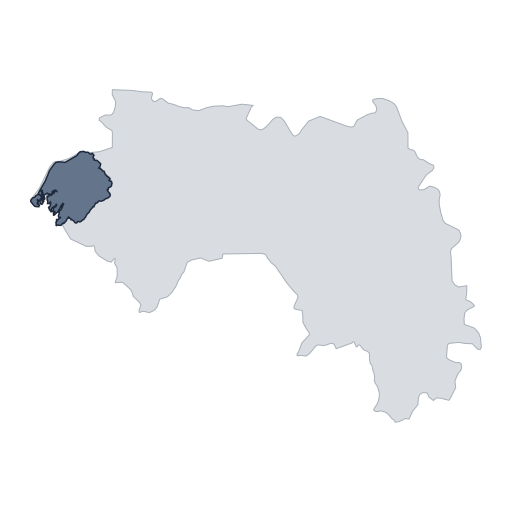 location of Boke, Boke, Guinea
{"feature_id": "49546643B57120226425021", "entity_name": "Boke", "entity_type": "district", "adm_level": 2, "iso_a3": "GIN", "parent_name": "Guinea", "parent_adm1": "Boke", "projection": "albers", "projection_center": [-14.504, 11.069], "detail": "fine", "context": "in_parent", "style": "filled", "palette": "slate", "viewbox_px": 512, "rotation_deg": 0, "n_neighbors": 0, "source": "geoboundaries", "source_scale": "gbopen_adm2", "svg_char_len": 9211}
<svg xmlns="http://www.w3.org/2000/svg" viewBox="0 0 512 512"><path d="M322.8,345.5L318.1,344.9L316.0,345.8L309.9,353.2L306.2,356.1L300.4,355.3L298.4,355.9L296.8,355.0L298.9,351.0L301.8,343.0L309.3,334.9L309.4,333.2L306.2,328.6L302.9,322.3L302.8,315.4L302.1,310.5L295.3,309.2L294.1,308.4L293.9,306.7L297.6,298.1L297.9,296.4L297.4,294.9L293.2,290.6L286.6,282.6L275.4,266.1L271.2,262.7L267.2,257.7L265.6,254.5L261.5,253.4L222.9,254.0L222.2,258.3L209.0,261.3L200.7,258.0L191.7,260.0L187.2,262.3L183.9,272.0L181.9,274.1L180.0,278.4L178.2,280.8L176.3,285.6L172.0,292.4L167.4,296.8L159.7,299.2L157.3,306.4L155.5,309.1L152.6,311.2L149.4,312.6L143.0,311.2L139.5,312.5L138.9,310.7L140.9,305.0L139.2,302.1L133.1,296.2L132.5,293.4L130.7,289.7L122.6,282.2L115.2,282.7L117.2,276.3L117.1,267.9L114.6,263.3L115.2,258.6L113.8,258.9L111.3,262.1L107.3,261.1L99.2,256.1L95.1,251.2L94.6,247.1L93.7,245.5L91.2,246.4L86.1,246.3L70.5,238.9L59.5,220.4L59.3,216.2L60.8,209.0L60.5,207.1L55.4,211.8L54.4,208.6L50.6,201.2L49.5,196.9L45.8,195.0L42.8,194.7L40.5,196.1L37.4,204.8L35.2,204.7L32.8,202.9L33.3,196.4L39.3,188.3L49.3,167.8L52.8,163.1L55.1,161.5L59.8,161.3L69.0,158.5L80.2,152.1L88.9,152.6L99.0,151.8L112.3,147.4L112.4,133.6L112.0,130.6L107.2,127.8L104.5,125.5L102.1,122.4L99.2,120.3L99.3,118.0L105.2,115.0L110.6,115.1L112.4,113.9L113.7,111.9L115.2,107.0L115.7,101.7L112.2,94.7L112.4,89.7L131.8,90.4L142.5,91.8L151.2,92.1L152.6,93.2L151.4,98.1L152.5,100.9L155.5,101.6L160.3,98.3L162.9,99.0L168.4,103.2L173.4,104.3L179.0,106.5L184.2,107.7L188.8,107.6L192.3,109.9L198.8,110.6L207.2,107.5L213.7,106.2L223.0,105.8L227.8,106.7L241.9,104.2L253.0,105.4L251.3,107.1L246.3,118.1L246.9,120.1L258.3,129.3L261.0,129.9L264.0,128.6L268.8,124.2L272.6,119.5L276.2,117.2L280.5,117.3L284.0,120.6L292.2,134.3L294.2,136.0L296.1,135.9L299.6,133.3L301.3,130.3L308.7,121.1L320.1,116.4L347.5,126.4L351.6,127.1L353.9,126.3L357.2,120.1L367.4,114.6L372.3,113.1L375.1,112.9L376.2,111.2L376.6,108.6L376.0,106.1L372.8,101.4L372.7,100.0L374.5,99.1L378.4,98.4L383.4,98.7L389.2,100.7L393.9,103.5L396.6,106.9L402.0,121.4L407.9,132.7L408.0,148.1L410.6,149.6L413.4,150.2L414.7,151.4L417.7,157.6L420.3,159.4L423.5,159.8L429.5,163.7L433.3,165.2L433.9,166.4L433.8,168.1L432.4,170.3L426.7,174.6L424.0,178.3L418.3,187.1L418.2,188.7L419.4,189.8L421.8,190.0L424.4,189.4L429.7,186.1L434.0,187.1L438.1,189.5L439.6,191.9L440.1,195.2L439.2,199.5L439.2,204.3L440.7,212.3L443.0,220.4L445.2,223.3L458.9,230.1L460.2,232.8L461.0,235.8L460.1,239.9L458.8,242.2L451.4,248.7L450.4,251.8L451.1,257.4L452.1,281.1L455.1,285.0L458.7,287.0L466.8,285.7L466.7,292.3L465.8,299.7L470.6,301.8L473.1,304.0L474.5,306.1L467.0,310.2L464.9,312.5L464.0,318.7L464.3,324.4L474.6,328.2L478.6,332.9L480.5,337.8L481.3,347.2L480.4,349.3L477.8,349.4L472.5,343.8L464.6,343.4L458.8,342.4L449.0,343.4L447.4,345.1L446.5,357.5L448.9,359.6L453.6,361.8L456.7,362.8L459.2,362.4L461.2,363.9L461.7,368.0L460.4,371.0L457.9,373.8L454.9,381.1L455.7,387.6L450.4,398.2L448.9,400.3L441.5,398.4L436.7,397.8L433.3,400.5L428.5,396.5L427.5,393.3L425.8,392.7L422.6,392.7L419.7,394.6L418.4,397.9L417.9,404.7L412.7,411.1L409.0,419.1L404.7,418.5L403.7,419.5L399.1,421.6L395.2,422.3L394.1,420.1L391.7,418.5L389.1,415.2L386.1,412.5L380.4,410.7L378.2,411.6L375.6,411.4L373.8,410.4L374.0,408.7L376.9,404.5L378.5,400.7L379.3,396.5L379.3,392.6L377.6,387.0L375.0,382.7L374.3,380.1L374.6,376.5L373.9,373.1L373.1,371.3L371.8,364.9L370.3,363.7L369.4,358.6L369.5,353.3L367.3,351.3L363.9,349.9L361.8,347.9L360.5,345.6L359.3,345.0L358.2,345.1L357.3,346.6L356.2,346.9L354.1,342.0L353.3,341.8L351.9,343.0L336.2,348.7L334.1,344.1L331.0,343.2L325.9,345.2L322.8,345.5Z" fill="#d9dde1" stroke="#a8b0b8" stroke-width="1"/><path d="M101.2,201.2L103.9,200.2L105.3,198.9L107.7,198.1L109.8,196.5L110.2,195.5L110.2,194.9L110.0,195.3L110.2,194.2L110.0,193.8L107.3,190.4L107.4,189.6L107.9,189.3L108.3,189.4L108.5,187.7L109.1,187.4L110.6,186.9L111.7,185.3L111.6,184.3L112.0,183.3L111.6,181.8L110.9,181.0L109.5,180.8L109.0,180.5L109.5,179.7L110.0,179.2L110.1,178.6L109.9,178.3L109.4,178.1L108.7,177.2L108.3,177.3L107.8,176.8L107.7,176.4L106.6,176.0L106.5,175.4L105.8,175.0L105.7,174.4L105.0,174.0L104.6,172.9L104.6,172.1L104.0,171.6L104.0,171.3L103.0,171.2L102.6,170.5L101.6,169.7L101.1,169.1L100.5,169.2L100.2,168.8L100.0,167.9L99.7,167.9L99.2,168.1L98.8,168.0L99.3,167.4L99.5,167.3L100.4,165.4L100.6,163.7L97.6,160.9L96.5,160.3L94.9,160.3L94.1,160.0L94.3,158.9L93.5,158.6L93.4,158.2L93.0,157.8L93.3,156.6L94.0,155.5L93.5,154.5L92.3,153.3L91.2,154.2L89.5,153.6L88.8,153.1L88.6,152.7L87.9,152.2L87.4,152.2L85.4,152.3L85.1,152.2L84.9,151.9L83.8,151.4L82.8,151.6L82.1,151.4L81.5,151.8L81.2,151.9L80.2,151.7L79.3,152.5L78.5,153.3L76.7,155.7L65.1,162.4L61.3,162.0L58.6,161.8L55.8,162.5L54.0,164.3L52.5,166.5L51.9,167.1L49.3,171.0L47.6,175.5L46.1,178.8L45.5,180.5L40.4,189.4L40.9,189.9L41.8,190.6L42.0,190.4L42.3,190.6L42.1,190.8L42.0,191.1L42.5,191.9L42.8,192.7L42.8,193.5L43.1,194.6L43.6,195.0L43.8,195.0L43.9,194.9L44.1,195.1L44.4,195.0L45.1,194.6L45.7,194.0L46.1,193.9L46.6,193.4L47.3,193.2L48.1,193.6L47.9,194.1L48.1,194.3L48.3,194.4L49.4,194.1L49.9,194.2L50.6,194.6L51.0,194.6L52.6,192.5L52.6,192.3L52.2,191.9L52.4,191.5L54.2,190.4L54.9,190.4L55.1,190.1L55.8,190.3L55.9,190.8L56.5,190.9L56.7,191.3L56.2,191.1L55.1,191.1L54.6,191.3L54.4,191.4L54.5,192.1L54.4,192.5L54.2,192.9L53.9,193.1L53.3,193.2L53.0,193.4L51.6,195.1L50.9,195.2L50.4,195.1L49.8,195.1L49.6,195.2L48.9,196.1L48.4,196.2L47.7,196.8L47.2,196.8L47.0,197.0L47.0,197.3L47.1,198.3L47.1,199.8L47.4,200.4L47.6,201.0L47.8,201.8L47.5,203.6L48.3,203.6L48.5,203.4L49.0,203.5L49.4,203.5L49.9,202.9L50.3,202.1L50.8,202.8L50.5,203.9L50.5,204.2L50.4,204.6L50.3,205.3L49.9,206.5L49.3,207.2L49.1,207.3L48.7,207.2L48.6,207.4L49.5,209.7L49.9,210.2L50.3,210.3L50.4,210.8L51.1,211.8L51.4,211.5L51.5,211.0L51.4,209.9L51.6,209.0L51.6,208.8L51.9,208.3L52.2,208.2L52.4,207.7L52.7,207.6L53.2,207.0L53.6,206.8L54.6,206.4L55.3,206.0L55.7,205.6L56.2,204.4L56.7,205.0L56.1,206.3L55.9,206.5L55.6,206.8L54.4,207.1L53.8,207.6L53.3,209.8L52.6,211.2L53.9,211.8L54.7,211.4L54.9,211.8L54.5,212.3L54.6,212.5L54.4,212.5L54.3,212.8L54.2,212.8L54.0,212.5L53.6,212.5L53.4,212.8L53.3,213.0L53.6,213.9L53.5,214.1L53.7,214.5L53.6,215.2L53.8,215.3L54.3,214.9L54.6,214.8L56.3,213.0L56.9,212.6L57.8,212.2L58.3,210.6L59.5,208.9L60.5,207.1L60.5,206.6L61.7,204.7L62.5,204.1L62.9,203.4L63.6,204.0L63.3,204.3L62.8,206.0L62.6,206.3L62.4,206.9L61.6,208.8L60.8,209.9L60.1,210.3L59.4,211.2L59.4,211.6L59.0,212.3L59.2,212.8L59.1,213.8L58.6,215.1L58.4,216.0L58.6,217.0L59.0,217.4L60.3,217.3L60.4,217.7L59.7,218.1L59.0,218.6L58.8,218.9L58.6,218.9L58.4,219.4L57.9,219.4L57.5,219.6L57.3,219.9L57.0,219.8L56.8,219.5L56.6,219.5L56.4,220.0L56.5,220.4L56.6,220.6L56.8,220.7L56.9,221.1L56.6,221.7L56.3,221.8L56.2,222.2L55.9,222.3L55.9,222.6L56.3,224.3L56.0,225.0L56.1,225.4L56.4,225.6L56.8,225.4L57.0,224.9L58.7,225.3L60.6,225.3L61.1,225.2L61.6,224.8L62.0,224.0L62.3,223.6L62.8,223.3L63.4,223.1L63.5,223.5L64.4,223.0L64.8,222.3L66.3,220.8L66.8,219.3L68.1,217.7L68.4,217.0L69.1,217.6L69.2,218.3L69.8,218.3L70.7,218.6L71.0,219.8L71.3,219.7L72.2,219.9L73.0,220.3L74.2,221.5L75.0,222.7L75.4,222.9L76.0,223.0L76.7,222.9L77.6,221.6L78.0,221.4L78.6,221.5L79.1,221.9L80.3,221.8L81.5,221.0L82.9,219.7L83.3,219.7L83.9,219.3L84.7,218.0L85.3,217.5L87.1,214.1L87.9,213.2L88.7,212.9L90.1,210.3L92.0,208.1L92.4,207.7L92.8,207.0L93.2,206.8L93.6,206.9L93.9,206.8L94.4,205.5L95.1,204.0L95.7,203.1L96.2,203.2L97.2,202.9L97.7,202.0L98.0,202.0L99.0,200.9L101.2,201.2ZM40.6,199.1L41.7,197.2L40.5,195.6L38.7,194.2L38.3,194.2L37.8,194.7L36.8,195.1L35.6,195.9L35.4,196.4L34.9,197.1L34.1,197.4L33.1,197.6L32.1,198.4L31.8,198.9L31.2,199.4L31.0,200.0L30.7,201.1L30.8,201.6L31.2,202.2L34.0,205.6L34.6,206.1L35.0,206.4L37.0,206.7L37.7,206.6L38.2,206.7L38.8,206.7L38.8,206.3L39.4,205.5L39.5,205.2L39.0,204.6L38.7,204.6L38.5,204.4L38.3,204.5L38.2,204.4L38.3,204.1L37.5,203.9L37.2,203.5L37.6,202.8L38.1,202.9L38.2,202.7L38.1,202.4L37.9,202.3L38.0,202.2L37.9,201.7L37.6,201.3L37.6,200.4L37.3,199.8L37.4,199.7L37.7,199.6L37.9,199.9L38.2,200.9L38.4,201.1L38.8,201.2L39.0,201.1L39.4,200.4L40.0,199.9L40.6,199.1ZM41.8,204.3L42.5,203.8L42.7,202.9L43.1,202.5L43.1,202.3L42.8,201.9L42.7,201.2L42.9,200.7L42.7,200.4L42.3,200.3L41.8,199.7L42.8,198.4L42.6,197.8L42.2,197.6L41.9,197.9L41.6,198.4L41.4,199.1L41.1,199.6L39.7,201.1L40.2,202.7L40.0,203.0L40.5,203.2L40.9,204.0L41.3,204.2L41.8,204.3ZM41.9,192.6L41.1,191.2L40.8,191.0L40.1,189.9L38.7,192.4L38.4,193.4L38.0,194.0L38.5,193.9L39.2,194.3L40.6,195.4L40.9,195.5L41.8,194.8L41.9,194.5L41.9,192.6ZM44.8,198.7L44.7,197.9L44.3,196.7L44.1,196.5L43.6,196.2L43.3,196.2L42.8,196.4L42.7,196.7L42.8,197.4L43.4,197.9L43.3,198.4L43.4,198.6L43.8,198.9L44.2,198.9L44.4,198.8L44.7,199.0L44.8,198.7ZM43.4,201.6L43.7,201.5L43.5,200.9L43.7,200.3L43.6,199.7L43.1,199.0L42.8,199.0L42.4,199.2L42.2,199.9L42.7,200.2L43.1,201.2L43.4,201.6ZM42.1,196.0L41.9,195.2L41.6,195.3L41.2,195.6L41.2,195.8L41.4,195.9L42.0,196.1L42.1,196.0ZM53.6,192.4L53.5,191.8L53.2,191.9L53.0,192.2L53.0,192.4L53.6,192.4ZM47.8,196.4L47.8,196.2L47.2,196.3L47.1,196.5L47.4,196.7L47.8,196.4ZM61.6,206.9L61.5,206.7L61.2,207.4L61.4,207.5L61.6,206.9Z" fill="#64748b" stroke="#1e293b" stroke-width="1.5"/></svg>